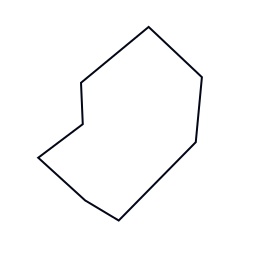 the border of Zalaegerszeg, rotated 53°
{"feature_id": "HUN-4910", "entity_name": "Zalaegerszeg", "entity_type": "Urban county", "adm_level": 1, "iso_a3": "HUN", "parent_name": "Hungary", "parent_adm1": "", "projection": "albers", "projection_center": [16.838, 46.845], "detail": "fine", "context": "isolated", "style": "outline", "palette": "ink", "viewbox_px": 256, "rotation_deg": 53, "n_neighbors": 0, "source": "natural_earth", "source_scale": "10m", "svg_char_len": 265}
<svg xmlns="http://www.w3.org/2000/svg" viewBox="0 0 256 256"><g transform="rotate(53 128 128)"><path d="M131.9,38.4L180.1,82.4L196.3,191.1L160.1,205.8L97.7,217.6L97.7,161.8L63.6,138.3L59.7,50.7L131.9,38.4Z" fill="none" stroke="#020617" stroke-width="2"/></g></svg>